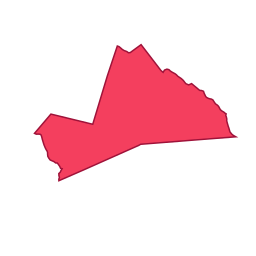 outline of São João do Cariri, Paraíba, Brazil, rotated 53°
{"feature_id": "56859067B8210995761368", "entity_name": "São João do Cariri", "entity_type": "district", "adm_level": 2, "iso_a3": "BRA", "parent_name": "Brazil", "parent_adm1": "Paraíba", "projection": "orthographic", "projection_center": [-36.484, -7.475], "detail": "fine", "context": "isolated", "style": "filled", "palette": "rose", "viewbox_px": 256, "rotation_deg": 53, "n_neighbors": 0, "source": "geoboundaries", "source_scale": "gbopen_adm2", "svg_char_len": 1337}
<svg xmlns="http://www.w3.org/2000/svg" viewBox="0 0 256 256"><g transform="rotate(53 128 128)"><path d="M199.9,47.2L197.4,48.3L195.4,48.8L192.4,48.9L190.6,48.2L188.8,47.5L186.6,46.8L185.1,46.2L183.5,45.6L181.6,44.8L180.3,43.7L178.6,42.9L176.7,42.3L175.8,41.1L174.5,41.6L173.0,41.9L171.1,42.7L169.0,43.2L167.4,43.0L165.8,42.7L164.4,42.7L163.0,43.0L161.4,43.6L159.0,43.5L156.6,43.3L155.1,44.0L154.0,45.0L152.8,45.9L151.0,46.8L149.6,47.0L148.2,46.7L146.2,46.3L144.1,45.6L142.2,46.8L141.1,48.1L130.8,50.5L130.1,53.6L127.5,55.1L125.8,55.2L123.3,55.2L120.6,55.7L116.6,57.1L114.6,57.3L112.9,57.8L111.6,58.4L110.1,59.1L108.0,59.9L106.0,60.2L104.4,61.5L103.7,64.0L104.7,66.5L101.9,67.1L69.3,67.4L69.1,80.9L68.1,82.4L66.3,82.9L65.0,83.7L63.8,84.5L61.7,85.3L59.6,85.7L57.6,86.2L56.1,87.2L74.0,113.2L103.8,153.9L98.7,158.1L88.8,166.2L70.5,181.2L76.0,205.9L77.7,205.0L78.8,203.4L80.0,202.0L81.3,201.6L83.3,202.3L85.6,203.3L87.8,204.1L89.4,204.7L91.2,205.3L93.9,206.0L96.1,206.4L97.6,206.5L99.0,206.9L100.7,208.1L102.4,209.1L104.5,209.4L106.7,209.4L108.5,208.4L110.2,207.4L112.4,206.8L113.5,205.5L117.4,205.6L119.6,206.1L120.8,205.1L121.6,207.0L122.6,208.9L122.7,210.6L124.4,211.8L126.3,212.6L127.2,214.0L128.5,214.9L134.8,188.5L148.4,129.6L148.6,127.7L171.4,91.9L177.3,82.6L199.9,47.2Z" fill="#f43f5e" stroke="#9f1239" stroke-width="1.5"/></g></svg>